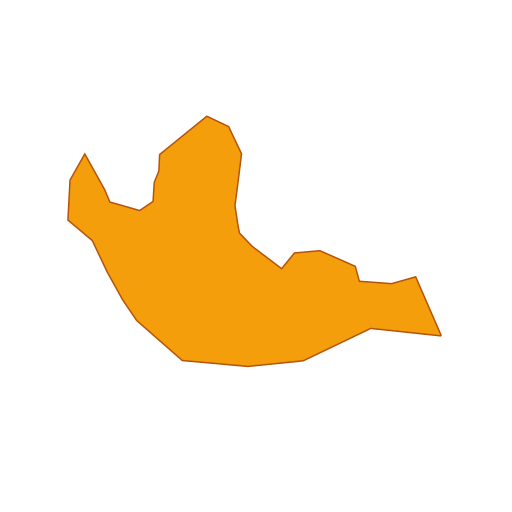 the district of Yeonje-gu, Busan, South Korea, rotated 196°
{"feature_id": "91817680B90297389150949", "entity_name": "Yeonje-gu", "entity_type": "district", "adm_level": 2, "iso_a3": "KOR", "parent_name": "South Korea", "parent_adm1": "Busan", "projection": "albers", "projection_center": [129.072, 35.172], "detail": "fine", "context": "isolated", "style": "filled", "palette": "amber", "viewbox_px": 512, "rotation_deg": 196, "n_neighbors": 0, "source": "geoboundaries", "source_scale": "gbopen_adm2", "svg_char_len": 634}
<svg xmlns="http://www.w3.org/2000/svg" viewBox="0 0 512 512"><g transform="rotate(196 256 256)"><path d="M56.7,230.1L56.8,230.4L56.3,230.9L96.8,280.0L118.0,266.8L149.7,260.2L157.7,273.4L196.1,278.7L219.9,269.5L227.9,250.9L262.3,264.2L278.2,273.5L282.2,281.4L290.1,298.6L294.1,325.1L298.1,350.3L313.1,367.3L317.9,372.8L341.8,376.8L376.6,327.0L376.6,326.9L372.8,310.9L374.1,298.7L370.0,280.1L380.4,267.6L411.4,267.6L419.7,278.0L448.7,306.9L455.7,277.8L446.7,238.7L417.6,225.7L394.9,199.9L372.3,177.3L352.9,161.1L298.0,135.2L233.4,147.6L181.7,168.3L125.8,218.0L56.7,230.1Z" fill="#f59e0b" stroke="#b45309" stroke-width="1.5"/></g></svg>